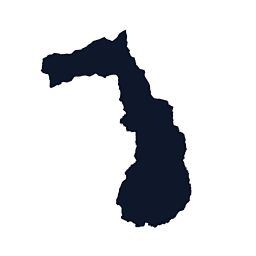 Carepa, Antioquia, Colombia (Mercator projection), rotated 241°
{"feature_id": "7082276B33450375559430", "entity_name": "Carepa", "entity_type": "district", "adm_level": 2, "iso_a3": "COL", "parent_name": "Colombia", "parent_adm1": "Antioquia", "projection": "mercator", "projection_center": [-76.684, 7.798], "detail": "fine", "context": "isolated", "style": "filled", "palette": "ink", "viewbox_px": 256, "rotation_deg": 241, "n_neighbors": 0, "source": "geoboundaries", "source_scale": "gbopen_adm2", "svg_char_len": 5860}
<svg xmlns="http://www.w3.org/2000/svg" viewBox="0 0 256 256"><g transform="rotate(241 128 128)"><path d="M214.3,172.8L214.5,171.0L214.2,166.8L213.4,165.0L212.5,163.9L211.6,161.6L210.9,156.8L211.0,155.7L213.1,154.4L213.8,153.5L216.0,151.7L218.4,151.0L218.8,145.8L220.2,139.6L219.4,137.0L219.3,133.1L218.6,131.2L219.0,126.4L218.4,125.2L220.9,119.7L220.8,118.4L219.7,114.7L220.5,112.3L222.1,110.1L223.2,106.9L223.8,106.3L224.0,105.0L225.8,103.5L228.5,100.0L228.8,99.2L228.4,98.5L228.5,96.7L229.7,94.3L229.6,92.5L228.8,91.2L229.3,89.0L229.2,87.2L227.7,86.8L225.6,84.7L224.7,84.5L222.2,82.5L220.8,81.9L220.3,80.4L219.1,80.5L217.8,80.9L217.1,81.8L216.4,82.2L215.2,83.4L214.3,84.9L214.1,85.0L211.7,84.7L209.7,84.1L208.8,83.4L207.4,83.6L202.1,80.3L201.4,80.2L200.9,80.6L200.6,83.7L200.8,86.6L200.4,87.8L199.7,88.3L199.9,89.0L199.6,90.5L199.8,91.0L201.4,91.1L201.5,91.5L200.6,92.6L200.3,94.3L198.1,96.9L197.3,101.3L198.1,102.3L198.1,103.1L199.2,104.9L199.4,106.2L199.2,107.2L197.4,110.5L196.8,111.9L196.5,113.9L195.0,117.0L192.4,119.5L192.0,122.7L192.2,125.5L192.0,126.5L190.6,127.6L188.6,128.0L185.6,131.3L183.9,132.0L183.5,132.8L184.3,133.8L184.5,134.5L183.8,135.9L183.8,137.7L183.3,138.7L183.1,140.0L181.2,143.4L180.1,144.2L178.8,144.6L177.4,144.6L176.5,144.3L175.3,144.3L174.8,143.5L174.0,143.0L172.9,142.7L170.6,140.9L168.0,141.1L166.6,139.8L165.9,139.7L165.1,140.1L164.0,139.9L160.7,138.4L160.3,137.7L159.3,137.9L159.0,137.6L159.3,137.6L159.2,137.4L158.9,137.4L158.9,137.0L158.5,137.0L158.1,136.7L158.2,136.4L157.8,136.3L157.2,134.7L156.9,134.5L155.1,135.0L154.3,136.4L152.2,135.6L150.0,135.6L148.3,135.2L147.4,134.7L146.4,133.9L146.2,133.3L143.2,134.5L141.7,134.2L139.6,131.9L139.7,131.6L140.7,131.7L140.8,131.5L139.9,130.8L140.2,129.4L139.3,129.0L139.2,128.3L138.5,127.6L139.1,126.6L138.8,125.8L136.6,124.2L136.1,124.3L136.9,124.8L136.7,125.2L133.7,126.2L132.1,126.0L132.3,126.6L132.0,127.1L130.3,127.1L129.7,127.7L129.4,127.7L128.2,126.7L127.9,127.4L127.2,127.3L127.0,126.7L126.5,127.2L126.5,126.3L126.2,126.2L126.2,126.7L125.6,126.9L125.6,127.7L124.3,128.9L123.8,129.9L123.2,129.8L123.3,130.5L122.7,130.7L122.4,131.3L122.3,132.6L121.3,133.1L121.4,133.4L121.1,133.8L119.7,133.0L119.1,133.1L118.9,132.9L119.1,132.7L118.4,132.1L116.6,131.4L115.1,130.4L113.3,129.7L112.8,129.1L112.3,129.1L112.2,128.4L111.6,128.2L111.6,128.7L111.1,128.8L110.7,128.0L110.2,128.2L109.8,127.7L109.3,128.2L108.6,128.0L108.1,127.5L107.0,127.4L106.2,125.8L103.9,123.8L102.5,123.4L102.4,122.8L101.6,121.6L100.4,121.3L100.3,120.4L99.7,120.6L99.7,120.3L99.2,120.2L98.6,120.7L98.0,120.3L95.0,120.4L94.6,119.8L94.6,119.0L93.5,118.3L93.7,116.3L92.8,115.1L93.3,114.4L93.6,112.9L92.5,112.0L92.4,110.3L91.9,109.5L91.4,109.4L91.2,108.8L91.5,108.5L91.1,108.0L91.4,107.2L90.8,106.8L91.0,106.0L90.4,105.1L90.2,104.2L88.8,103.7L87.8,104.1L87.2,104.1L84.6,102.7L83.3,100.6L83.5,99.3L82.8,96.7L82.2,96.3L80.8,94.4L79.8,93.4L78.6,91.3L76.0,89.6L75.2,88.4L72.2,86.0L70.5,83.4L69.0,82.8L67.7,81.7L66.9,82.0L66.3,81.9L66.0,82.9L64.9,83.7L62.3,84.3L60.8,84.3L57.1,82.1L53.8,81.3L53.5,80.8L53.5,79.7L53.1,79.2L52.4,79.0L51.7,79.3L48.6,81.6L47.9,82.4L46.7,82.4L46.3,82.7L46.3,84.7L44.6,86.5L42.6,87.1L41.6,88.2L40.2,88.5L39.0,89.5L38.6,89.4L38.8,87.7L38.4,87.4L37.8,87.7L36.6,90.0L36.4,91.7L35.2,93.9L35.4,94.9L37.7,96.9L36.7,99.0L35.7,99.8L35.1,100.9L34.3,101.2L34.0,101.1L34.0,99.7L33.6,99.4L33.1,99.4L32.4,101.0L31.2,101.1L30.8,101.4L31.2,102.5L31.0,103.0L29.7,102.9L29.0,103.6L28.6,103.5L28.4,103.8L28.3,104.8L29.2,105.4L28.9,105.9L29.4,107.3L29.2,108.0L28.4,108.4L28.0,110.5L28.8,111.4L29.2,112.2L29.0,112.4L27.9,112.3L26.9,113.4L26.9,113.9L28.0,114.0L27.4,114.7L27.4,116.2L26.3,116.9L26.7,117.9L27.1,118.1L26.8,118.4L27.3,118.6L27.2,119.0L27.6,119.5L28.0,119.6L27.7,120.8L28.4,121.4L27.4,123.8L27.6,124.0L27.9,123.8L28.3,124.5L27.6,125.5L27.8,126.2L28.4,126.3L28.3,127.1L29.1,127.9L29.8,129.7L31.0,131.3L30.9,131.6L30.5,131.8L31.1,133.1L30.4,134.5L30.0,137.0L31.0,138.0L31.6,139.4L32.9,140.2L33.1,140.8L33.7,141.4L33.8,142.2L34.5,143.2L34.4,144.8L35.0,145.4L35.3,146.6L36.1,146.6L37.7,147.8L38.4,148.0L38.8,148.9L39.5,149.4L39.5,150.0L39.9,150.7L41.2,151.2L41.6,151.8L42.8,152.2L43.0,152.6L44.4,152.6L45.1,153.6L46.1,153.6L48.6,154.9L49.4,154.0L50.7,154.1L51.9,155.3L52.4,155.4L52.7,156.1L53.7,156.5L54.8,156.0L55.3,156.5L56.3,156.7L56.6,157.1L58.1,157.8L58.8,158.6L59.9,158.1L60.6,158.8L60.9,158.4L62.0,158.9L62.7,158.7L63.2,158.1L63.8,158.0L64.3,158.1L64.5,158.5L64.6,158.0L65.3,158.6L67.4,158.9L68.4,158.4L69.5,159.4L69.9,159.1L70.9,159.3L71.4,159.8L72.4,159.4L73.1,159.5L74.8,161.4L74.6,161.8L75.0,161.8L75.2,162.6L76.9,162.6L77.3,162.9L77.2,163.4L77.6,163.5L78.0,164.0L78.1,164.9L79.4,165.4L79.8,166.5L80.9,167.2L81.1,168.4L83.1,168.8L83.7,168.6L83.9,169.1L84.9,169.1L85.0,169.7L86.5,170.3L87.9,170.2L88.6,170.4L89.7,171.8L90.8,172.3L92.8,172.6L95.0,173.4L95.7,173.3L96.0,173.0L97.4,172.6L97.3,172.1L98.5,171.7L98.7,170.9L99.8,170.1L100.5,170.1L100.7,170.8L101.6,171.2L102.1,170.7L103.4,171.6L105.0,171.6L106.1,170.3L106.7,170.1L107.4,169.0L107.8,169.1L108.6,168.6L112.4,170.0L113.0,170.9L115.8,171.4L117.0,172.7L117.5,172.5L118.6,173.4L119.3,173.4L120.0,174.4L120.3,174.4L120.6,173.8L121.1,173.8L121.9,174.6L122.8,174.9L123.3,175.9L124.5,177.0L125.4,176.5L126.4,175.1L127.2,175.5L127.8,175.1L128.4,173.8L131.0,175.0L132.5,174.9L137.8,169.2L138.6,167.7L140.7,165.0L142.0,164.3L145.9,163.6L147.5,164.0L148.8,164.9L151.3,165.4L154.4,167.0L157.4,167.4L164.9,167.0L167.7,168.0L168.2,169.0L168.7,169.3L170.3,169.7L171.9,168.2L173.0,166.7L174.4,166.1L177.8,165.7L178.9,165.0L179.5,165.0L180.4,165.6L181.8,165.8L183.3,166.4L185.2,166.6L185.9,167.1L186.4,166.9L187.1,165.9L189.4,164.7L192.0,165.1L194.3,165.1L195.1,166.5L195.6,166.5L196.4,166.0L197.8,166.2L199.8,165.5L203.5,168.6L205.3,168.5L206.0,168.8L208.7,170.9L212.8,172.0L214.3,172.8Z" fill="#0f172a" stroke="#020617" stroke-width="1.5"/></g></svg>